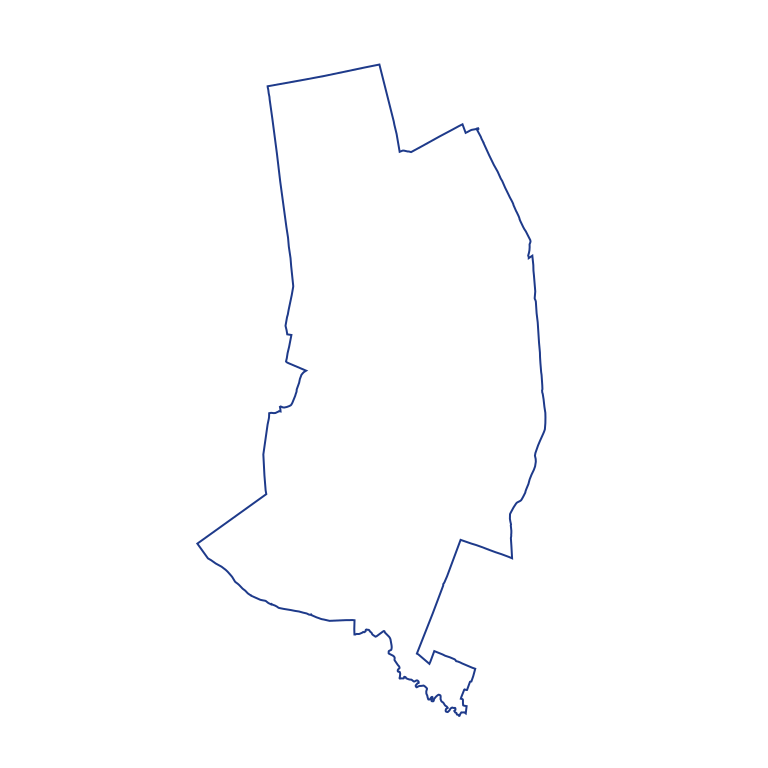 Izvoarele, Olt, Romania, rotated 280°
{"feature_id": "2599482B97268462440902", "entity_name": "Izvoarele", "entity_type": "district", "adm_level": 2, "iso_a3": "ROU", "parent_name": "Romania", "parent_adm1": "Olt", "projection": "natural_earth1", "projection_center": [24.528, 44.252], "detail": "fine", "context": "isolated", "style": "outline", "palette": "blue", "viewbox_px": 768, "rotation_deg": 280, "n_neighbors": 0, "source": "geoboundaries", "source_scale": "gbopen_adm2", "svg_char_len": 6000}
<svg xmlns="http://www.w3.org/2000/svg" viewBox="0 0 768 768"><g transform="rotate(280 384 384)"><path d="M536.1,507.8L533.1,504.7L534.1,504.5L535.5,503.7L538.7,504.0L541.1,504.0L543.9,503.7L546.9,503.1L548.8,503.5L550.0,503.5L551.2,503.0L558.9,497.2L560.9,495.3L562.8,493.8L568.1,490.0L570.0,488.8L570.5,488.7L572.4,487.6L576.1,485.0L577.2,484.1L582.6,480.5L583.9,479.9L585.9,478.5L589.7,475.5L592.5,473.5L598.5,469.1L604.4,465.2L606.6,463.3L612.8,459.1L618.9,454.1L627.6,447.8L638.9,440.0L639.0,440.1L642.4,437.5L644.4,436.3L650.1,431.8L651.6,432.7L652.2,432.3L651.7,431.1L651.3,430.6L650.9,430.0L649.5,426.2L648.8,425.1L646.8,422.6L645.5,420.8L653.4,416.2L651.0,413.0L646.3,407.1L637.4,395.7L624.7,380.0L617.4,370.8L617.1,370.4L617.3,368.1L617.1,367.1L617.3,363.0L617.2,362.3L617.0,361.7L615.4,359.1L632.4,353.0L641.1,349.2L644.3,348.0L697.8,324.0L692.5,310.4L677.1,272.0L670.0,253.1L657.0,217.7L655.9,218.0L653.5,219.0L650.2,220.0L646.9,221.3L644.3,222.0L625.8,228.0L592.1,238.6L565.5,246.6L521.4,260.7L511.4,264.1L502.8,266.4L491.7,270.1L484.0,272.1L465.1,277.5L464.1,277.7L455.6,277.7L439.9,277.2L435.7,277.2L433.0,276.9L424.2,276.9L420.1,278.7L416.1,280.1L416.2,284.3L404.3,284.1L397.7,283.7L392.5,283.8L389.2,283.6L388.8,284.0L388.3,285.0L387.8,286.9L383.6,305.0L382.0,303.2L380.8,302.3L378.7,301.1L378.1,301.0L374.3,300.3L370.5,300.2L363.5,299.0L361.2,299.2L358.8,298.8L356.9,298.6L349.5,297.0L347.5,296.3L346.8,295.8L345.8,294.5L344.5,292.3L343.5,289.8L343.4,288.3L343.7,287.3L343.9,286.1L343.4,285.5L342.2,286.0L339.0,286.9L339.0,285.3L338.5,284.8L336.6,282.1L336.2,280.6L336.0,277.8L335.3,276.0L331.8,276.5L329.9,276.6L323.9,276.4L293.7,277.4L273.3,282.1L258.7,285.9L255.1,287.2L194.4,227.9L181.7,240.9L180.5,244.2L178.0,249.5L175.9,255.7L173.4,260.5L172.0,262.6L168.5,267.0L167.4,268.2L163.5,271.6L163.0,272.4L161.9,274.6L161.0,276.1L157.9,280.3L156.4,283.2L154.2,286.2L153.2,288.3L152.7,289.9L152.4,290.0L150.0,299.7L149.9,302.2L149.9,304.5L149.8,305.2L148.2,308.2L148.0,308.9L147.6,310.4L147.3,311.2L147.8,311.4L147.3,312.7L146.9,315.0L146.2,317.2L145.3,319.0L145.2,320.3L145.1,324.2L145.2,331.5L145.1,335.7L145.2,339.8L144.8,343.9L144.6,347.7L143.9,350.1L143.9,352.3L144.3,352.4L144.1,352.7L143.7,353.0L142.9,356.4L142.5,358.0L142.1,360.6L141.8,362.1L141.6,363.6L141.6,365.6L141.3,371.5L144.7,386.9L145.9,393.2L146.1,394.4L146.2,396.0L137.4,397.3L132.2,398.4L132.3,399.2L133.1,400.4L133.4,402.6L133.7,403.3L135.2,405.6L136.2,406.6L136.1,407.1L136.1,407.5L136.2,407.8L137.3,408.8L138.1,408.7L138.7,408.8L139.1,409.2L139.2,409.5L139.1,410.4L139.2,411.6L139.0,412.1L137.7,413.4L136.9,414.8L136.5,415.2L135.7,415.7L135.3,416.1L134.6,417.4L134.1,418.7L133.7,419.4L134.2,420.4L140.1,426.0L140.7,426.8L140.6,427.3L139.3,428.2L135.9,433.0L134.8,434.0L133.7,434.7L128.0,436.8L126.2,437.3L124.6,437.4L123.6,437.3L123.2,437.0L122.4,435.8L122.0,435.3L121.6,435.1L121.0,435.1L119.5,435.4L119.3,435.7L118.1,439.8L117.7,440.6L117.2,441.4L116.1,442.1L114.4,442.2L113.8,442.4L113.3,442.9L109.7,446.4L108.5,447.9L107.9,448.3L107.1,448.6L106.7,448.5L105.4,447.5L104.8,447.3L104.0,447.3L103.5,447.5L103.2,447.9L103.1,448.4L103.3,448.9L103.0,449.6L102.4,449.9L101.4,450.3L98.2,450.5L97.6,450.4L97.0,450.4L96.7,450.7L96.8,451.3L97.0,451.9L97.2,452.9L97.5,454.4L98.0,454.7L99.1,454.8L99.2,455.1L99.1,455.9L98.9,456.3L98.0,457.1L97.5,459.5L97.4,460.8L97.6,462.1L97.3,463.0L96.7,464.0L96.2,465.2L96.4,465.8L97.6,467.3L97.8,467.8L97.8,468.5L97.1,469.6L96.3,470.0L95.6,470.0L95.1,469.0L92.9,467.7L92.4,467.6L91.8,467.8L91.1,468.5L91.0,468.8L91.2,469.2L92.0,470.1L92.5,470.9L92.8,471.4L93.2,473.3L93.9,475.4L93.2,477.0L92.1,478.6L91.7,479.1L91.2,479.3L88.8,479.0L86.7,479.4L85.6,480.0L84.9,480.6L82.9,481.4L81.1,482.4L81.0,482.8L81.1,483.4L81.5,483.9L82.1,484.3L83.0,484.6L83.7,485.0L84.1,485.4L84.2,485.8L84.0,486.1L83.6,486.2L82.9,486.1L80.9,485.7L80.4,485.7L80.0,486.0L79.9,486.5L80.0,487.2L80.2,487.7L80.4,487.8L81.1,488.0L81.7,487.9L82.8,488.2L84.6,489.2L85.8,490.0L87.2,491.3L87.5,491.8L87.5,492.4L87.3,493.2L87.1,493.6L86.6,493.9L85.7,494.1L83.5,494.4L81.7,495.5L81.2,496.1L80.5,497.7L78.0,500.0L77.1,502.0L76.6,502.4L76.3,502.9L76.0,503.0L75.7,502.7L75.4,502.1L74.6,501.5L73.3,501.4L72.6,501.6L72.3,501.8L72.1,502.1L72.0,502.7L72.0,503.7L73.8,505.1L75.6,505.7L76.3,506.2L77.2,507.3L77.0,508.5L77.3,510.2L77.2,510.4L77.0,510.6L75.9,510.9L75.5,510.9L74.2,510.0L72.9,511.2L72.7,512.2L72.5,512.5L71.3,513.1L71.1,513.4L71.1,513.7L71.1,514.4L71.0,514.7L70.6,515.3L70.3,515.4L70.2,515.7L70.4,516.0L72.3,516.4L74.0,517.2L74.1,517.6L74.1,518.2L74.6,520.2L73.8,521.7L81.1,521.3L81.1,518.8L81.2,518.2L81.3,517.8L82.8,517.3L85.5,516.8L86.5,516.6L87.0,516.4L87.3,515.9L87.4,514.3L89.1,514.5L96.9,516.1L97.2,516.4L97.0,517.6L97.0,518.6L97.1,518.9L105.6,520.4L105.9,520.7L106.2,521.7L111.7,522.6L119.4,523.3L119.9,520.2L121.1,515.0L122.4,509.4L123.0,507.4L123.5,505.0L123.6,503.2L124.8,502.0L125.2,501.1L126.3,496.3L127.0,491.4L127.8,488.8L129.7,479.9L118.7,477.9L116.3,477.3L123.6,464.9L124.2,463.2L166.4,471.8L179.7,474.3L195.8,477.3L197.2,477.1L198.9,477.9L205.6,479.5L243.8,486.5L242.0,497.8L241.4,502.8L240.4,508.7L238.8,517.0L237.7,523.1L236.8,529.3L235.4,536.9L234.6,540.4L247.4,537.4L254.3,535.7L256.4,535.7L257.8,535.4L259.2,535.3L261.6,534.9L266.8,533.4L267.7,533.5L270.3,532.4L273.1,531.4L277.7,530.7L279.2,531.1L284.9,533.0L288.9,534.7L290.0,535.3L290.6,535.9L292.4,538.3L293.3,539.2L294.7,539.8L297.3,540.7L301.6,542.0L302.8,542.0L304.7,542.3L310.6,543.6L315.3,544.0L320.2,545.0L325.6,546.5L329.1,547.1L333.8,547.0L336.5,546.4L339.6,545.1L342.4,545.1L350.3,546.4L355.1,547.5L363.0,549.5L365.3,550.0L367.3,550.3L373.5,549.7L379.1,548.8L383.6,547.9L389.5,545.9L396.7,543.8L401.9,542.0L403.2,541.3L404.4,541.0L405.0,540.8L406.5,540.9L410.2,540.1L420.3,537.6L423.0,536.7L431.8,534.4L437.6,533.0L442.0,532.1L451.6,529.5L471.3,524.7L480.2,522.0L491.6,519.2L492.8,518.6L493.9,517.8L494.6,517.5L501.4,516.9L517.0,512.8L521.6,511.5L527.0,510.4L536.1,507.8Z" fill="none" stroke="#1e3a8a" stroke-width="2"/></g></svg>